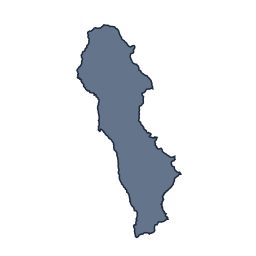 outline of Cangallo, Ayacucho, Peru, rotated 62°
{"feature_id": "86281439B34026517933599", "entity_name": "Cangallo", "entity_type": "district", "adm_level": 2, "iso_a3": "PER", "parent_name": "Peru", "parent_adm1": "Ayacucho", "projection": "albers", "projection_center": [-74.468, -13.505], "detail": "fine", "context": "isolated", "style": "filled", "palette": "slate", "viewbox_px": 256, "rotation_deg": 62, "n_neighbors": 0, "source": "geoboundaries", "source_scale": "gbopen_adm2", "svg_char_len": 5924}
<svg xmlns="http://www.w3.org/2000/svg" viewBox="0 0 256 256"><g transform="rotate(62 128 128)"><path d="M89.1,88.5L87.6,89.0L85.7,90.1L83.6,90.0L82.9,90.3L82.8,90.7L82.2,91.1L79.6,90.1L77.9,90.0L76.6,90.5L75.8,90.5L74.9,91.8L73.1,93.1L71.3,93.3L69.5,93.0L68.6,93.2L67.8,92.8L66.2,92.8L64.7,91.6L63.7,90.5L64.2,88.4L63.6,87.3L62.1,86.9L61.2,85.9L60.4,84.5L59.2,83.7L58.7,83.7L58.0,84.1L57.6,84.9L57.4,86.0L57.7,87.7L56.2,88.9L54.1,89.4L52.2,89.4L50.5,90.2L49.3,90.4L46.9,91.7L46.1,91.7L44.7,91.2L43.7,91.5L41.0,91.4L37.8,90.7L36.5,90.8L36.0,91.2L35.2,91.1L34.2,92.1L32.5,92.3L30.8,94.4L30.1,96.0L29.8,96.0L29.4,96.6L28.0,97.3L27.4,98.6L25.6,100.9L26.3,102.8L26.3,103.6L26.6,104.2L26.8,105.7L26.2,106.4L26.1,107.3L25.7,108.1L24.1,109.7L24.0,111.3L24.7,112.0L24.6,113.0L25.1,114.7L25.0,115.7L24.5,116.2L24.4,116.6L24.6,118.6L25.6,119.2L27.7,119.4L27.8,119.9L29.1,120.7L30.9,120.5L31.8,120.8L32.7,121.7L34.2,122.3L35.5,123.9L36.0,125.6L36.4,126.1L37.7,126.6L37.7,127.7L38.2,128.9L39.7,129.9L39.7,130.9L39.4,131.6L39.5,132.0L40.2,133.0L41.2,133.5L41.4,134.7L42.1,135.3L43.0,135.4L43.9,135.9L45.3,135.5L45.7,135.7L47.0,137.1L48.0,138.0L49.2,138.5L50.2,139.7L50.5,140.5L51.1,141.1L51.2,142.7L52.4,144.6L52.4,145.0L53.3,146.1L54.1,146.0L56.9,146.4L57.2,146.7L57.2,147.3L59.0,147.9L59.3,148.6L59.6,148.3L60.1,148.7L60.5,148.8L60.8,148.5L61.2,147.2L61.7,147.2L62.3,147.7L63.5,146.5L64.6,147.4L65.1,147.1L66.4,147.4L67.0,147.0L68.2,146.7L69.2,146.9L69.6,147.3L70.0,147.3L70.6,147.7L71.2,147.3L71.9,147.3L72.6,146.9L73.4,147.1L74.2,147.1L74.9,146.6L75.7,146.6L76.6,146.0L76.9,144.8L78.6,145.1L81.4,141.6L81.9,141.6L83.0,142.5L83.3,142.1L83.3,141.1L83.8,140.7L85.3,141.4L87.3,140.4L88.5,140.8L89.8,140.5L90.5,140.7L92.4,142.6L93.2,142.7L94.3,144.3L95.8,145.3L97.2,145.9L98.7,146.1L100.5,147.0L101.3,147.0L102.5,147.7L104.0,147.7L104.4,148.2L107.1,149.5L107.4,150.5L108.2,150.4L108.7,150.8L110.4,151.2L110.9,151.7L112.4,152.4L112.8,153.5L113.7,153.6L114.2,154.1L115.1,154.3L115.7,155.1L117.5,154.7L117.6,153.9L116.7,153.7L116.2,152.9L116.6,152.2L117.1,151.9L118.4,151.7L119.2,151.1L120.2,151.4L120.8,150.8L123.0,150.9L123.3,150.6L123.8,150.7L125.9,149.5L126.8,149.7L127.5,149.4L128.1,149.7L129.7,148.6L131.2,148.1L132.4,148.3L134.4,147.8L135.7,148.5L136.5,148.4L138.1,149.5L140.1,150.3L141.0,150.4L142.4,149.8L144.7,149.6L145.9,150.0L146.7,150.6L148.3,150.8L152.0,151.9L153.2,152.7L154.3,152.9L155.0,153.4L155.5,153.4L155.9,154.0L157.2,154.6L159.5,155.5L160.2,155.4L161.1,155.8L161.8,156.8L162.4,157.0L162.9,157.5L164.1,157.9L164.9,157.4L165.5,157.5L166.9,158.6L167.8,158.8L168.7,159.5L169.4,159.4L171.4,159.7L173.5,159.6L174.5,159.9L175.9,159.3L178.4,159.4L179.5,158.6L181.0,159.0L181.6,158.4L182.3,158.4L184.0,159.2L185.2,158.6L187.1,158.4L190.9,159.6L191.3,159.4L192.1,160.0L192.9,160.2L193.6,160.9L194.5,160.5L194.9,160.9L197.0,161.2L198.5,160.9L199.2,161.0L200.7,160.2L201.9,160.6L202.4,160.5L203.8,161.2L205.1,159.7L207.3,159.5L208.6,160.6L210.0,161.0L211.6,162.7L212.2,163.6L213.6,163.4L213.7,164.0L214.0,164.5L215.7,165.8L216.9,166.2L217.2,166.8L216.5,167.8L216.8,168.8L218.2,169.4L219.5,169.4L220.6,169.7L221.7,170.3L222.2,170.8L223.5,170.9L223.9,171.3L224.7,171.6L225.9,171.6L226.9,172.3L227.5,172.3L228.2,171.6L228.6,171.8L228.8,171.2L228.6,169.8L228.4,169.2L227.9,169.0L227.6,168.4L227.9,166.8L227.8,166.2L228.3,165.7L228.6,164.1L228.1,162.8L228.2,162.3L228.9,161.6L229.4,160.3L230.3,159.5L231.5,159.0L231.0,158.3L231.7,157.5L232.0,154.8L231.8,153.8L231.2,152.6L228.4,151.5L226.3,149.8L226.5,148.9L227.1,147.8L225.3,145.3L226.1,143.5L226.8,142.7L226.7,142.1L227.2,140.4L227.1,138.1L226.6,137.1L227.3,135.6L226.4,135.7L226.1,135.1L225.7,135.1L225.5,135.6L224.8,135.3L224.1,135.9L223.1,136.3L221.7,134.8L221.6,135.1L221.1,135.0L220.2,135.7L220.0,135.4L219.6,135.5L218.9,135.3L218.6,135.6L218.2,135.5L216.6,135.7L214.7,135.1L214.3,135.4L214.0,134.7L213.7,134.7L213.6,134.9L213.1,134.6L212.7,134.7L212.0,134.5L211.6,134.1L211.1,134.5L211.0,134.2L210.5,134.0L210.6,133.5L209.3,132.6L209.2,132.0L208.7,131.7L208.1,130.5L207.8,130.7L207.4,130.1L206.8,130.3L206.4,129.9L205.8,130.2L204.5,129.5L204.5,129.2L204.1,128.9L204.3,128.6L203.7,127.8L203.7,127.5L203.0,127.1L202.9,126.5L202.5,126.4L202.3,126.0L202.6,125.0L201.9,124.2L201.6,123.4L202.0,122.9L201.8,122.0L201.3,121.6L200.9,119.1L200.3,117.6L200.4,117.3L200.0,117.0L199.4,115.4L198.8,114.3L198.1,114.0L197.1,112.9L196.7,112.2L196.0,111.5L194.9,111.1L194.3,110.5L194.3,109.6L193.8,108.2L193.8,106.6L192.9,104.7L193.1,104.1L193.6,103.4L193.6,102.9L191.3,103.2L191.2,104.0L189.5,105.6L188.5,105.7L187.1,106.3L185.7,106.1L184.5,105.6L183.8,105.5L182.8,106.7L181.5,107.1L180.7,106.5L180.3,106.4L179.9,106.6L178.6,105.9L178.2,104.9L178.0,103.5L178.5,103.0L178.0,102.1L177.9,101.2L176.7,101.2L176.4,100.8L175.0,100.1L175.1,100.5L174.8,100.9L174.7,102.5L173.8,104.2L171.6,105.2L170.1,106.2L168.6,106.7L167.8,107.4L165.7,108.4L164.8,108.6L163.3,108.1L161.6,108.2L161.3,108.6L161.2,110.5L160.2,111.7L159.2,111.5L158.6,111.9L157.6,111.5L155.9,112.1L154.7,111.1L154.2,111.0L153.3,111.2L152.7,111.0L152.1,109.9L152.0,109.1L150.0,106.7L149.6,107.1L149.7,108.0L148.5,108.4L148.5,109.0L149.1,109.6L149.0,110.0L148.3,110.3L148.0,111.1L147.1,111.7L146.5,112.8L146.1,113.1L145.6,113.1L144.8,111.8L144.9,111.3L144.4,110.6L144.1,110.5L142.9,111.1L142.3,111.9L141.7,111.9L141.7,112.8L140.9,113.5L139.6,113.4L139.1,113.1L137.9,113.6L137.2,114.2L136.7,114.1L135.7,114.4L135.0,113.9L132.4,114.2L130.9,114.8L129.1,114.6L128.9,114.2L126.7,115.2L126.1,114.9L124.0,113.0L122.6,112.8L121.1,111.4L119.1,110.9L118.3,110.0L117.3,109.3L115.9,108.8L114.6,108.1L114.2,107.3L114.3,105.5L113.6,104.5L113.4,103.2L113.0,102.7L110.6,101.4L109.5,101.1L107.8,99.6L105.5,100.1L103.7,98.9L104.2,97.9L104.1,96.3L102.6,93.8L102.6,92.7L103.8,90.7L103.8,88.7L105.0,87.7L102.8,86.9L101.2,86.8L99.9,86.0L96.7,85.4L95.3,85.8L94.7,85.7L91.7,86.8L90.9,86.6L89.1,88.5Z" fill="#64748b" stroke="#1e293b" stroke-width="1.5"/></g></svg>